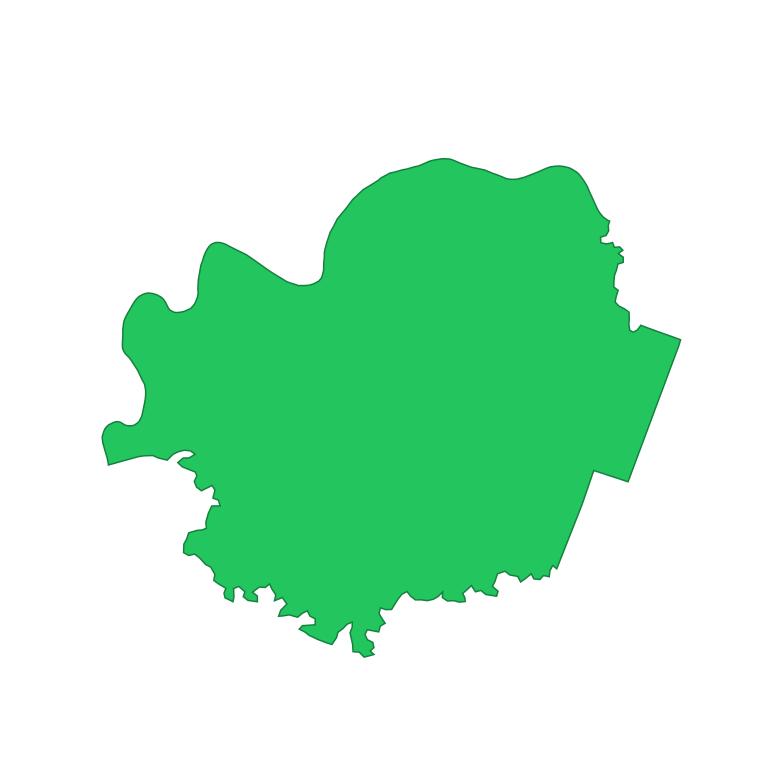 San Ignacio, Misiones, Argentina (orthographic projection), rotated 19°
{"feature_id": "61730980B35011682920753", "entity_name": "San Ignacio", "entity_type": "district", "adm_level": 2, "iso_a3": "ARG", "parent_name": "Argentina", "parent_adm1": "Misiones", "projection": "orthographic", "projection_center": [-55.4, -27.168], "detail": "fine", "context": "isolated", "style": "filled", "palette": "green", "viewbox_px": 768, "rotation_deg": 19, "n_neighbors": 0, "source": "geoboundaries", "source_scale": "gbopen_adm2", "svg_char_len": 5798}
<svg xmlns="http://www.w3.org/2000/svg" viewBox="0 0 768 768"><g transform="rotate(19 384 384)"><path d="M454.1,648.7L458.4,645.9L461.1,644.0L462.6,643.0L457.9,640.9L460.3,636.5L459.9,635.9L457.5,631.9L451.6,631.2L447.6,627.1L448.2,621.8L459.7,620.1L459.6,618.8L459.3,614.2L463.0,609.8L461.9,609.0L458.3,606.3L454.0,602.6L453.5,596.8L459.1,596.8L462.8,595.4L464.6,594.7L465.9,588.7L467.3,582.8L469.3,577.0L473.3,572.8L478.4,576.0L484.0,577.9L489.6,575.9L495.4,574.8L500.6,571.6L504.5,567.1L507.1,561.6L508.7,566.9L514.5,568.5L520.7,566.1L524.2,565.9L526.2,565.7L530.2,563.9L531.6,563.2L531.2,562.3L529.9,559.5L528.5,558.2L526.5,556.5L529.6,551.3L532.3,546.1L538.1,550.7L542.9,547.6L548.6,549.9L549.2,549.8L559.5,548.0L559.3,542.8L552.5,540.1L552.8,537.6L553.2,534.8L553.1,526.6L559.3,521.6L565.1,523.6L573.1,522.4L577.6,526.7L581.1,521.9L585.0,515.6L589.2,519.5L595.1,518.1L597.1,513.2L603.0,512.4L601.7,506.6L602.5,500.7L607.5,502.5L610.5,433.8L610.5,431.8L610.5,397.5L646.6,397.0L648.3,329.9L648.3,329.6L649.9,266.5L650.3,252.0L650.0,245.6L649.5,245.6L613.5,245.1L607.8,244.8L605.9,250.5L602.8,253.9L598.9,253.2L596.1,247.9L594.5,242.0L592.3,236.3L586.7,234.6L580.6,233.8L575.8,231.2L575.0,225.2L574.9,219.2L569.7,217.5L567.9,211.8L567.7,210.8L567.3,209.2L566.6,206.4L566.7,200.6L566.5,199.0L566.4,197.2L566.1,194.4L568.5,192.7L570.6,191.1L568.9,186.2L563.1,184.4L566.3,179.8L562.3,177.6L557.3,179.8L554.1,175.8L549.1,179.0L546.6,179.4L543.2,179.9L540.9,174.8L543.3,173.0L545.7,171.2L546.2,168.0L546.6,166.0L546.5,165.8L544.4,161.1L544.4,160.1L544.3,156.5L542.2,156.4L536.7,154.7L532.8,152.3L529.7,149.9L524.4,144.5L523.8,143.8L520.6,140.4L516.7,136.4L512.9,132.2L512.3,131.4L511.9,131.0L506.1,126.2L500.2,122.2L496.8,120.8L496.6,120.8L492.1,119.8L489.3,119.3L487.1,119.5L484.0,119.7L479.4,120.6L474.6,122.5L470.1,124.9L467.7,126.8L465.8,128.5L460.2,133.7L454.2,138.8L449.3,142.9L445.5,145.4L442.8,147.2L439.7,148.4L436.4,149.4L433.2,150.0L430.1,149.8L423.6,149.4L418.0,149.4L413.1,149.1L409.6,148.9L405.4,149.4L401.2,149.9L396.2,150.6L390.2,150.5L382.8,150.3L377.9,149.9L374.6,149.8L372.5,150.0L369.0,151.0L365.8,152.0L362.2,153.9L359.7,155.2L356.7,157.0L354.2,158.8L352.1,160.8L351.5,161.3L348.3,164.3L345.8,166.5L342.1,168.7L339.0,170.9L335.9,173.2L332.0,175.3L326.2,179.4L322.6,181.7L320.7,182.8L317.8,186.1L314.2,189.9L312.1,193.6L301.0,207.1L294.3,219.9L290.8,230.7L287.1,240.4L286.1,243.1L285.1,250.6L284.6,253.3L283.7,258.3L283.8,263.3L283.8,264.3L283.9,269.6L284.4,276.5L284.9,279.4L285.7,281.7L286.0,282.5L287.2,287.1L287.5,288.7L287.6,289.0L288.3,291.3L289.9,296.3L290.4,302.2L290.5,302.4L290.1,304.9L288.8,307.9L286.8,310.2L284.3,312.7L283.2,313.4L280.7,315.2L279.6,315.6L277.5,316.5L273.6,317.9L270.6,318.9L269.5,318.8L269.4,318.8L266.5,318.8L262.4,319.0L258.3,318.8L253.8,317.8L246.9,316.3L241.6,315.1L235.9,313.6L229.0,311.5L223.5,309.9L220.4,309.0L217.1,308.1L211.9,306.6L201.3,305.3L192.4,304.1L188.8,303.5L185.7,303.4L182.9,303.7L180.6,304.3L178.2,305.4L176.3,307.1L174.8,308.8L173.7,311.3L172.9,314.1L172.4,317.7L172.1,321.6L172.3,326.5L172.2,331.2L174.5,345.8L177.0,354.4L177.1,354.8L177.7,356.3L178.8,358.9L179.4,362.7L179.2,366.8L179.1,367.3L178.9,369.6L178.2,371.8L178.0,372.4L176.6,375.5L175.3,376.8L174.4,377.7L171.7,380.2L171.2,380.6L168.3,382.3L165.3,383.7L162.7,384.5L160.3,384.3L157.8,383.8L155.6,382.6L153.1,380.2L150.8,377.9L147.9,375.7L144.5,374.3L139.9,373.6L135.7,373.8L131.8,374.6L129.0,376.0L126.2,378.4L125.3,379.5L124.6,380.2L123.8,381.2L122.3,384.3L121.3,387.1L120.6,390.4L120.3,391.4L119.7,395.0L118.6,400.4L117.8,405.7L117.7,409.6L118.3,412.8L118.7,414.6L119.2,417.3L120.6,421.0L121.8,425.0L123.1,429.6L124.3,433.3L125.2,435.3L127.0,437.5L129.3,439.4L131.7,440.7L134.1,441.8L136.8,443.6L139.9,446.0L146.3,451.0L147.7,452.3L148.3,452.9L153.0,457.9L157.5,462.0L159.9,466.0L161.0,468.4L162.1,471.7L162.9,474.7L163.5,477.9L164.0,481.4L164.4,484.4L164.6,486.0L164.7,486.3L165.0,489.2L165.5,493.5L164.5,499.5L163.2,501.6L161.5,504.0L159.0,505.7L156.2,506.7L153.8,507.1L151.6,507.0L150.6,506.7L149.6,506.5L147.6,506.0L145.3,506.1L143.7,506.5L142.2,507.4L140.3,508.7L138.8,510.5L137.2,511.9L135.5,515.0L134.7,517.4L134.5,520.3L134.6,523.3L134.8,525.9L135.9,528.3L137.3,531.2L138.4,532.8L139.1,533.7L141.2,536.9L143.2,539.6L146.4,544.1L149.1,548.8L149.8,550.3L156.5,545.7L157.3,545.1L165.6,539.4L167.4,538.2L174.9,533.0L180.3,530.1L188.7,526.9L194.7,527.4L203.3,526.6L203.8,526.6L206.0,522.0L207.6,518.9L211.6,515.0L216.6,511.7L222.6,510.2L228.3,512.0L223.8,517.3L222.8,517.7L218.2,519.4L214.9,525.0L214.6,525.5L220.2,528.0L234.4,528.7L237.0,531.8L236.4,537.2L236.3,537.9L237.1,538.8L240.3,542.5L246.1,544.4L250.3,540.1L254.5,535.9L258.7,539.3L259.4,547.6L265.2,547.7L268.8,552.6L260.9,555.4L260.8,555.6L260.0,563.5L260.1,565.2L260.5,572.5L263.0,578.2L260.3,580.6L259.6,581.2L255.0,583.2L247.8,588.3L247.9,594.4L247.8,595.1L247.7,595.8L246.9,600.5L247.9,603.9L249.4,608.7L255.2,609.7L260.3,606.5L265.9,608.3L274.0,612.7L279.9,613.6L286.1,619.1L287.0,625.1L292.7,626.9L301.0,628.6L300.8,633.9L303.2,637.7L303.3,637.9L312.1,639.0L311.5,634.5L310.1,630.8L308.4,626.3L312.6,622.7L320.1,625.7L320.2,630.9L325.6,632.8L325.8,632.9L331.2,631.9L335.2,631.1L333.2,625.6L330.7,624.8L327.5,623.7L332.2,616.5L337.9,615.1L340.9,610.3L344.8,614.4L350.4,618.7L351.0,624.6L357.4,619.0L363.8,623.7L361.7,628.1L360.0,631.6L360.0,636.0L360.0,637.9L364.3,636.0L369.4,633.2L378.3,632.6L381.4,627.4L385.3,623.4L389.7,627.6L395.4,628.4L397.3,634.1L390.9,636.8L388.3,637.9L385.6,639.0L383.7,643.4L389.7,644.2L395.3,646.1L396.0,646.1L404.4,647.1L413.4,647.4L418.0,647.3L419.6,647.2L419.9,646.0L421.7,639.3L421.3,633.8L424.7,628.8L427.3,623.1L431.5,619.5L433.1,624.2L432.9,630.3L439.1,640.4L441.9,647.2L447.9,645.6L454.1,648.7Z" fill="#22c55e" stroke="#15803d" stroke-width="1.5"/></g></svg>